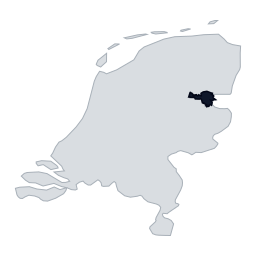 location of Hardenberg, Overijssel, Netherlands
{"feature_id": "6326949B3638629214663", "entity_name": "Hardenberg", "entity_type": "district", "adm_level": 2, "iso_a3": "NLD", "parent_name": "Netherlands", "parent_adm1": "Overijssel", "projection": "natural_earth1", "projection_center": [6.49, 52.57], "detail": "fine", "context": "in_parent", "style": "filled", "palette": "ink", "viewbox_px": 256, "rotation_deg": 0, "n_neighbors": 0, "source": "geoboundaries", "source_scale": "gbopen_adm2", "svg_char_len": 4969}
<svg xmlns="http://www.w3.org/2000/svg" viewBox="0 0 256 256"><path d="M170.4,235.5L164.4,235.4L158.8,235.2L155.9,234.9L152.7,233.7L151.3,231.4L149.6,228.5L150.0,226.8L155.3,221.9L156.1,220.5L155.6,219.8L156.1,217.6L160.1,210.2L160.7,207.3L158.9,205.2L156.3,204.0L147.9,201.8L143.9,198.7L142.0,196.1L140.1,195.3L137.4,196.2L130.4,197.2L124.7,195.8L118.0,190.7L116.5,186.2L115.7,182.7L114.1,181.5L111.8,183.3L108.9,186.1L103.3,186.4L101.7,185.8L101.4,184.2L101.1,182.7L99.6,180.9L97.9,179.8L90.7,185.0L88.1,185.0L84.8,183.0L83.1,181.1L79.4,182.2L76.1,184.6L77.2,189.1L75.4,190.0L71.4,189.6L66.8,187.7L61.7,186.6L53.9,183.4L43.1,186.0L35.6,182.9L29.3,182.6L25.5,180.2L21.3,176.1L24.3,173.4L27.2,172.5L38.7,171.9L47.0,173.6L61.9,182.5L65.6,182.4L69.7,181.3L67.7,178.9L63.9,177.7L58.4,175.3L54.0,172.0L64.4,170.9L63.0,169.1L61.7,166.2L50.8,155.9L52.7,153.1L55.5,147.1L59.0,142.1L61.8,140.8L66.3,137.3L76.2,126.9L82.5,118.5L87.2,108.6L94.3,81.2L96.3,76.5L99.6,71.3L103.7,72.3L106.5,73.8L116.6,69.9L133.9,59.8L139.1,51.0L144.1,47.0L163.9,39.1L174.8,36.7L191.7,36.1L203.9,34.7L218.5,34.2L224.1,39.0L227.3,42.6L232.6,44.6L240.6,46.0L240.2,53.0L240.3,67.0L239.7,69.5L236.1,75.4L232.3,86.0L231.2,93.0L230.1,94.3L214.7,94.3L212.5,95.5L212.2,97.0L213.0,98.8L212.6,100.6L211.4,102.0L212.0,104.3L214.7,107.0L219.6,108.6L224.8,108.7L227.5,108.4L229.5,110.3L231.4,113.2L231.3,116.9L230.5,121.8L228.1,126.3L221.0,131.5L217.8,133.3L214.8,134.3L213.3,135.7L212.7,137.4L212.8,139.0L217.9,143.2L217.8,144.1L216.3,146.3L214.4,148.3L201.2,152.6L195.8,152.3L192.7,154.4L191.8,154.8L188.3,152.8L180.7,150.6L177.8,151.4L176.2,152.6L171.4,154.1L167.9,156.5L167.9,159.5L174.0,167.3L176.2,168.8L176.3,171.7L179.2,175.4L182.2,180.0L182.5,182.9L182.2,185.9L180.6,190.1L175.3,199.9L175.2,201.8L175.7,203.2L177.5,203.6L178.9,204.3L178.5,205.7L168.5,212.5L167.2,213.7L163.1,213.3L162.4,214.5L163.0,216.3L164.6,217.9L168.2,218.8L171.2,220.5L173.6,223.9L170.4,235.5ZM66.8,187.7L65.9,190.5L63.6,193.7L55.7,198.2L47.6,201.1L43.4,200.8L40.6,199.2L39.0,197.6L34.7,196.0L28.8,195.2L25.0,196.9L22.4,198.5L20.1,198.3L18.3,196.9L17.0,194.9L15.4,188.3L19.8,187.2L29.4,186.7L36.9,189.0L46.6,190.1L54.2,187.0L60.0,189.6L66.8,187.7ZM50.8,161.2L56.5,165.3L57.7,166.6L58.1,168.0L50.9,169.6L43.2,164.6L38.1,165.8L36.2,163.4L36.2,161.9L41.5,160.7L50.8,161.2ZM106.5,61.7L100.7,67.0L97.2,65.5L96.2,64.3L98.0,60.2L106.6,53.3L106.5,61.7ZM132.2,38.3L126.8,38.9L124.3,37.8L137.4,34.9L145.6,34.0L147.1,34.4L132.2,38.3ZM167.2,32.8L155.7,34.0L151.9,33.1L151.2,32.3L154.3,31.8L164.1,31.6L167.1,32.4L167.2,32.8ZM119.5,44.0L108.8,49.5L107.9,48.6L114.8,43.9L119.5,44.0ZM213.8,23.6L208.4,23.9L210.0,21.9L214.9,20.5L217.6,20.5L213.8,23.6ZM190.6,29.0L182.4,31.5L180.5,31.0L181.0,30.2L188.1,28.7L190.6,29.0Z" fill="#d9dde1" stroke="#a8b0b8" stroke-width="1"/><path d="M210.8,92.8L206.9,91.3L203.3,91.9L202.9,92.1L201.0,93.3L201.3,95.8L200.9,95.8L200.9,95.7L200.6,95.6L200.2,95.5L199.9,95.5L199.8,95.4L199.7,95.4L199.3,95.4L199.2,95.4L198.9,95.4L198.9,95.2L198.7,95.3L198.7,95.2L198.5,94.9L198.4,95.0L198.2,95.0L198.0,95.4L197.9,95.5L197.7,95.6L197.5,95.8L197.4,95.7L197.2,95.7L196.9,95.6L196.6,95.5L196.5,95.4L196.4,95.4L196.5,95.2L196.4,95.0L196.3,94.9L196.3,94.7L196.2,94.7L196.0,94.8L195.9,94.8L196.0,94.9L195.9,95.0L195.6,95.1L195.5,95.3L195.4,95.4L195.1,95.3L195.0,95.2L194.9,95.2L194.8,95.3L194.7,95.3L194.8,95.5L194.7,95.5L194.3,95.5L194.2,95.5L193.9,95.7L193.7,95.8L193.4,95.9L193.4,95.7L193.2,95.7L193.0,95.4L193.0,95.2L192.9,95.2L192.9,94.9L192.9,94.7L192.7,94.5L192.7,94.4L192.6,94.2L192.4,94.0L192.2,93.9L192.3,93.9L192.2,93.7L192.3,93.7L192.2,93.6L192.1,93.4L191.9,93.4L191.7,93.4L191.7,93.2L191.4,93.1L191.2,93.1L191.0,92.8L190.9,92.7L190.8,92.8L190.7,92.7L190.4,92.5L190.2,92.4L190.1,92.5L189.4,94.7L188.7,97.0L189.7,96.9L189.9,97.4L194.0,97.5L194.5,97.4L195.3,99.0L195.7,99.0L196.0,99.0L196.5,99.0L199.0,99.1L199.5,99.1L200.0,98.9L200.5,98.6L201.5,99.7L201.9,100.8L202.0,101.2L202.0,101.6L202.2,102.2L202.3,102.1L202.5,102.3L202.6,102.5L202.7,102.8L202.8,102.8L202.9,103.0L203.1,103.2L203.3,103.3L203.5,103.3L203.5,103.2L203.4,103.1L203.5,103.0L203.7,102.8L203.8,102.8L204.0,102.9L204.1,103.0L203.9,103.2L203.7,103.1L203.8,103.3L204.0,103.3L204.5,103.7L205.6,104.3L206.6,104.8L206.1,105.4L205.8,105.7L206.1,105.8L206.7,106.7L206.8,106.8L207.0,106.6L207.3,106.5L207.6,106.2L207.9,106.4L208.1,106.4L208.4,106.3L208.5,106.4L208.9,106.3L209.0,106.1L208.8,105.9L209.2,105.6L209.2,105.2L209.8,104.8L210.1,104.6L211.5,105.3L212.0,103.4L212.2,102.7L210.7,100.3L212.8,100.6L213.0,100.4L213.3,99.7L213.9,99.7L214.1,99.6L214.8,99.8L215.0,99.8L215.6,99.7L213.0,97.7L213.0,97.3L213.1,97.2L213.1,96.9L213.2,96.6L213.3,96.5L213.2,96.5L213.3,96.2L213.4,95.7L213.3,95.4L213.2,95.3L213.0,95.2L212.9,95.2L212.7,94.9L212.4,94.8L212.4,94.7L212.3,94.8L212.1,94.8L211.9,94.7L212.0,94.5L212.1,94.4L212.0,94.2L212.2,93.9L212.2,93.7L211.9,93.7L212.0,93.6L212.2,93.4L212.3,93.2L210.8,92.8Z" fill="#0f172a" stroke="#020617" stroke-width="1.5"/></svg>